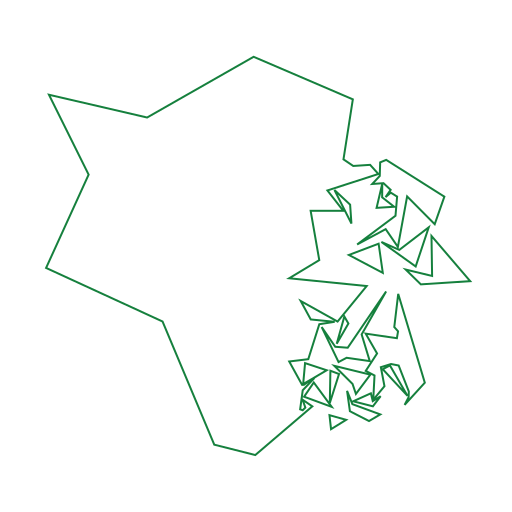 the district of San Lorenzo, Valle, Honduras, rotated 273°
{"feature_id": "27666195B73827570061080", "entity_name": "San Lorenzo", "entity_type": "district", "adm_level": 2, "iso_a3": "HND", "parent_name": "Honduras", "parent_adm1": "Valle", "projection": "orthographic", "projection_center": [-87.426, 13.441], "detail": "medium", "context": "isolated", "style": "outline", "palette": "green", "viewbox_px": 512, "rotation_deg": 273, "n_neighbors": 0, "source": "geoboundaries", "source_scale": "gbopen_adm2", "svg_char_len": 1937}
<svg xmlns="http://www.w3.org/2000/svg" viewBox="0 0 512 512"><g transform="rotate(273 256 256)"><path d="M406.2,40.8L328.5,84.6L233.1,47.0L185.7,166.1L65.4,224.2L57.2,265.7L108.8,320.1L114.9,310.1L107.2,313.2L104.4,310.7L105.2,308.1L124.4,309.7L135.2,319.0L134.7,316.7L129.9,310.6L129.7,308.8L152.4,294.7L155.7,313.6L191.2,322.8L194.4,338.0L195.5,314.0L213.4,303.0L194.8,340.9L231.8,368.1L235.5,290.3L255.2,319.4L304.0,308.2L305.7,340.8L325.2,323.9L344.3,373.9L353.0,365.2L351.0,348.4L357.1,338.3L417.5,344.5L454.8,243.2L388.6,140.0L406.2,40.8ZM303.5,393.2L272.8,356.4L289.6,384.1L272.5,397.2L323.4,403.8L297.1,432.8L325.1,441.0L358.8,381.0L356.0,375.1L342.4,375.4L334.0,368.3L335.4,379.5L329.1,387.0L321.6,382.3L326.3,387.3L322.7,393.8L303.5,393.2ZM142.9,380.6L118.5,380.6L132.7,391.1L151.5,386.5L155.2,396.5L154.1,404.2L128.7,415.7L123.0,415.8L115.1,412.2L138.3,431.2L225.6,400.0L192.3,397.8L188.2,401.8L181.3,401.0L184.2,369.6L165.0,382.0L147.0,371.6L142.9,380.6ZM154.4,344.0L159.1,351.8L157.0,375.1L183.2,365.6L227.4,387.8L169.2,352.4L169.5,339.9L188.5,325.3L154.4,344.0ZM236.3,422.1L242.1,471.2L285.2,430.2L245.3,432.9L250.3,406.2L236.3,422.1ZM276.6,380.5L253.9,416.0L293.7,427.0L269.6,398.8L276.6,380.5ZM245.8,383.5L274.7,377.8L261.9,348.7L245.8,383.5ZM149.6,388.5L124.3,414.6L153.7,395.5L149.6,388.5ZM150.4,340.0L133.3,359.1L123.5,363.0L143.5,376.4L150.4,340.0ZM310.4,373.9L312.4,391.4L321.2,378.9L334.8,378.3L310.4,373.9ZM105.9,357.9L97.1,377.5L104.3,388.4L113.1,360.0L126.1,354.0L105.9,357.9ZM118.0,311.4L109.3,339.5L132.7,320.3L118.0,311.4ZM113.1,337.4L142.5,345.1L145.3,336.3L113.1,337.4ZM136.2,318.4L145.6,332.6L151.6,310.6L130.6,309.8L136.2,318.4ZM312.2,347.3L326.0,330.9L293.4,349.6L312.2,347.3ZM172.6,341.2L193.4,351.8L200.2,347.4L172.6,341.2ZM112.0,380.6L122.5,387.8L117.2,380.2L124.9,377.9L116.0,360.7L112.0,380.6ZM87.0,340.0L97.1,354.6L100.9,337.7L87.0,340.0Z" fill="none" stroke="#15803d" stroke-width="2"/></g></svg>